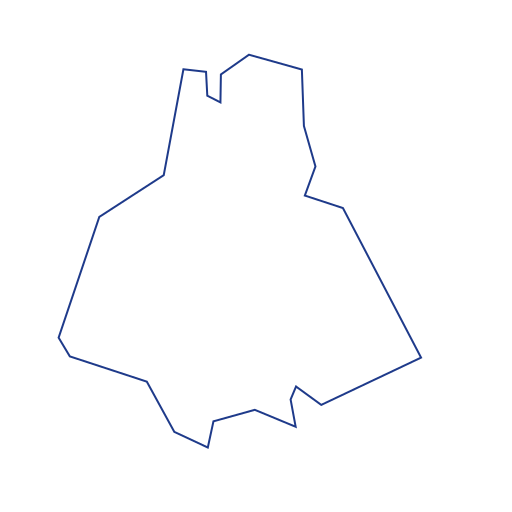 the district of Mvolo, Western Equatoria, South Sudan, rotated 10°
{"feature_id": "79223893B56262288593012", "entity_name": "Mvolo", "entity_type": "district", "adm_level": 2, "iso_a3": "SSD", "parent_name": "South Sudan", "parent_adm1": "Western Equatoria", "projection": "equal_earth", "projection_center": [30.037, 5.951], "detail": "fine", "context": "isolated", "style": "outline", "palette": "blue", "viewbox_px": 512, "rotation_deg": 10, "n_neighbors": 0, "source": "geoboundaries", "source_scale": "gbopen_adm2", "svg_char_len": 469}
<svg xmlns="http://www.w3.org/2000/svg" viewBox="0 0 512 512"><g transform="rotate(10 256 256)"><path d="M333.3,193.7L293.6,188.0L299.0,157.5L280.6,119.6L268.8,64.4L214.1,59.0L189.9,83.3L194.3,110.9L180.2,106.6L174.8,83.3L152.1,84.7L151.1,192.4L94.9,244.7L75.8,370.7L90.1,387.2L170.3,398.7L206.1,443.4L241.8,453.0L242.8,426.2L281.5,407.7L324.7,417.3L315.0,391.3L318.1,377.6L346.1,391.3L436.2,327.4L333.3,193.7Z" fill="none" stroke="#1e3a8a" stroke-width="2"/></g></svg>